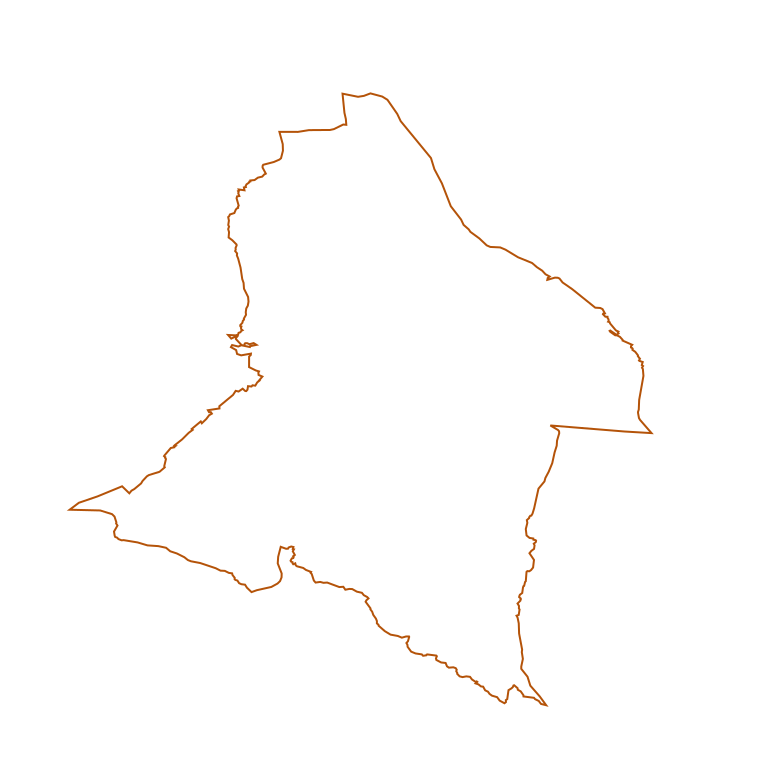 "Øvre Eiker" nor, Buskerud, Norway (Robinson projection), rotated 195°
{"feature_id": "86288312B28419209750879", "entity_name": "\"Øvre Eiker\" nor", "entity_type": "district", "adm_level": 2, "iso_a3": "NOR", "parent_name": "Norway", "parent_adm1": "Buskerud", "projection": "robinson", "projection_center": [9.827, 59.744], "detail": "fine", "context": "isolated", "style": "outline", "palette": "amber", "viewbox_px": 768, "rotation_deg": 195, "n_neighbors": 0, "source": "geoboundaries", "source_scale": "gbopen_adm2", "svg_char_len": 6166}
<svg xmlns="http://www.w3.org/2000/svg" viewBox="0 0 768 768"><g transform="rotate(195 384 384)"><path d="M460.1,661.2L472.3,661.2L478.0,657.1L483.4,654.7L499.2,653.7L492.4,635.7L489.4,630.0L487.5,624.6L490.5,624.1L498.4,617.2L501.9,615.4L522.2,609.8L532.5,605.2L550.3,600.5L543.9,589.5L542.0,583.2L541.9,575.4L543.1,573.7L547.9,569.9L557.4,564.5L557.7,563.2L557.3,561.6L552.6,556.6L554.0,555.3L555.3,552.8L559.2,550.7L561.8,547.5L565.8,546.0L565.5,545.1L566.5,544.6L566.4,543.8L568.5,541.2L568.9,539.3L568.4,538.5L570.2,537.6L568.9,535.0L574.7,534.3L574.1,533.5L574.9,532.6L574.1,532.0L574.2,530.6L572.4,528.1L574.5,527.2L574.5,525.3L570.5,518.6L570.9,517.7L570.5,516.3L571.6,515.5L572.3,514.0L572.8,510.4L576.7,507.9L577.0,506.0L577.7,504.9L576.1,501.7L575.6,497.3L574.4,495.9L574.6,493.3L573.0,490.6L572.0,485.3L567.7,483.6L562.6,480.6L562.2,479.8L562.6,477.0L562.0,475.4L562.2,473.9L559.7,472.1L559.4,470.1L557.4,467.5L552.7,459.3L548.1,448.7L545.8,445.3L543.9,439.8L537.8,432.9L536.2,428.5L535.8,424.4L536.6,421.3L536.1,417.5L535.2,415.1L536.3,410.9L535.9,410.0L536.7,408.4L536.6,406.5L538.1,403.6L537.7,402.6L536.6,402.6L536.7,401.2L536.0,399.9L534.6,399.3L535.6,398.4L536.1,396.8L537.7,395.8L537.7,394.0L539.8,392.6L547.3,391.0L543.3,388.3L539.1,391.9L538.0,392.0L538.9,390.0L538.7,389.1L531.6,384.7L528.7,385.1L529.0,386.9L528.6,387.5L526.7,388.0L524.3,387.6L520.5,389.8L517.3,388.8L523.1,385.9L523.1,385.0L531.8,384.5L534.4,382.5L540.8,382.3L541.4,380.0L535.6,378.5L533.7,375.0L529.4,374.7L520.4,378.9L520.2,377.5L521.4,375.6L518.7,365.4L511.3,363.9L508.0,363.8L508.3,362.4L507.5,360.3L503.4,359.7L505.8,354.6L505.5,354.6L506.9,352.7L507.9,349.1L510.7,348.7L511.3,347.3L514.8,346.7L514.4,343.2L515.2,341.5L516.2,341.3L519.3,342.9L522.5,339.1L525.5,339.0L527.0,334.4L537.3,319.9L536.6,317.8L547.3,313.1L545.7,311.5L544.0,312.0L542.6,310.8L544.8,308.6L546.6,304.2L549.8,298.9L551.3,300.4L558.1,290.8L556.9,290.2L560.0,286.3L564.7,278.2L570.4,270.6L570.6,270.2L569.4,270.2L570.4,269.1L570.2,268.6L573.4,267.0L577.6,258.1L577.8,257.4L576.3,256.7L576.4,256.1L575.2,255.1L575.0,247.7L574.2,246.8L578.1,241.1L587.5,235.2L589.1,233.5L592.1,227.9L592.9,225.1L598.0,217.9L600.3,215.6L601.7,212.5L610.5,217.4L631.6,201.3L648.0,190.3L655.1,181.2L625.4,188.4L613.0,187.9L610.0,186.2L606.7,181.1L606.7,180.0L604.8,178.3L606.6,171.6L604.9,167.8L604.1,166.7L602.0,166.5L600.4,165.5L597.0,165.1L595.1,165.8L581.0,167.2L570.7,166.9L560.0,169.0L552.1,169.4L547.2,167.1L540.2,166.7L532.0,165.0L527.9,163.2L524.6,162.8L515.2,163.5L498.9,162.5L493.6,161.4L489.4,162.3L485.0,161.4L481.7,161.8L480.9,160.3L478.0,158.1L477.8,156.8L476.9,156.3L474.7,156.2L472.4,154.1L469.9,153.7L466.3,154.2L463.7,151.8L458.1,148.7L453.5,151.9L440.3,158.8L435.2,163.7L433.4,166.7L432.9,170.7L433.8,174.5L440.2,183.2L441.5,189.7L441.6,200.0L435.9,199.5L434.1,200.1L433.8,201.4L431.6,203.0L429.3,203.1L429.4,201.0L428.2,201.0L428.8,198.8L425.9,195.8L427.2,194.1L426.5,193.5L426.6,192.4L427.9,191.7L428.5,189.1L427.8,188.4L426.2,188.2L425.9,187.1L425.0,186.4L423.3,187.8L422.3,186.0L420.9,185.4L414.4,185.4L411.3,184.2L405.8,183.6L406.1,182.7L404.6,181.7L400.9,176.0L398.7,174.5L394.4,176.3L391.0,176.3L387.5,177.5L374.6,176.3L370.8,177.6L368.1,175.3L364.4,177.1L361.6,177.7L356.5,176.4L351.3,176.6L348.9,174.8L345.1,173.9L343.5,172.9L345.0,170.6L345.4,168.9L339.0,163.8L338.8,162.8L336.5,161.0L334.6,158.2L331.1,155.3L329.5,153.2L328.9,150.9L327.1,150.1L326.6,149.1L319.3,145.5L312.8,143.6L305.4,144.2L301.1,143.6L297.4,145.8L294.5,146.6L294.2,146.2L294.3,141.7L295.3,139.6L293.9,138.2L293.2,136.3L288.5,132.5L283.8,131.9L277.5,132.6L275.9,131.6L272.9,132.9L272.8,133.6L272.2,134.0L263.2,135.2L262.5,134.7L262.8,132.4L262.0,131.0L256.7,129.8L252.3,130.5L250.1,127.6L247.9,126.8L243.7,128.3L241.2,128.1L239.8,126.8L239.9,125.3L238.4,123.8L238.3,123.0L235.3,121.2L232.3,121.2L228.8,122.9L225.1,123.4L222.6,121.4L218.2,119.9L217.5,120.7L216.8,120.4L218.0,118.5L215.0,118.3L212.1,117.0L209.9,117.3L207.0,114.3L203.9,113.7L201.9,112.0L199.0,110.9L193.7,110.8L190.3,108.1L185.0,106.8L183.9,108.3L184.5,110.2L183.4,111.5L184.5,120.5L182.1,123.0L181.1,124.6L180.9,126.3L180.3,126.7L176.3,124.8L175.6,123.3L172.4,122.5L168.8,119.5L168.4,118.3L157.9,119.7L156.5,118.7L152.5,117.9L149.5,115.6L144.2,115.7L152.8,122.6L164.6,130.5L169.6,138.4L177.7,144.4L178.3,146.7L178.7,154.4L181.5,160.7L181.8,163.1L188.9,177.9L191.9,187.7L194.5,192.9L196.0,194.5L194.1,195.8L194.7,201.3L195.6,202.1L196.2,204.6L198.2,206.5L196.2,210.0L196.4,210.8L196.1,211.2L196.4,212.2L198.3,213.1L198.4,213.9L198.2,215.6L196.4,217.9L197.1,223.6L196.9,225.0L196.4,225.3L196.5,229.3L196.0,230.2L197.7,239.4L197.1,240.4L195.2,240.7L193.8,242.3L192.5,245.3L193.6,252.9L199.7,258.2L198.5,260.9L196.4,263.6L196.8,267.1L198.0,268.5L196.5,270.5L196.5,271.9L197.1,272.4L199.4,272.3L199.8,273.4L203.6,273.0L207.1,274.6L209.5,280.6L209.6,287.0L210.8,289.5L209.1,292.1L209.3,292.8L208.6,294.6L207.6,295.0L207.0,297.2L206.8,302.8L207.7,322.9L203.8,331.4L203.8,335.0L202.2,341.9L201.0,351.1L201.5,362.1L201.2,369.1L202.2,374.1L202.0,381.8L202.7,383.7L204.0,384.6L212.6,387.0L139.2,400.4L112.9,405.8L127.4,415.6L128.9,417.1L130.9,421.3L131.4,422.6L131.3,425.3L133.4,434.6L135.5,459.0L137.8,465.4L139.0,466.5L138.4,468.4L139.9,469.0L139.8,472.2L143.3,472.4L143.7,472.7L143.3,473.2L143.7,474.2L143.4,474.7L146.0,476.6L146.1,477.4L149.6,480.1L152.9,481.3L152.9,482.4L153.5,482.9L154.9,483.2L155.2,484.5L154.4,486.1L164.8,487.7L164.9,488.4L168.3,490.6L171.5,491.3L173.3,490.9L179.0,493.0L179.8,493.7L179.3,494.2L172.2,491.7L170.5,493.6L171.7,494.7L171.3,495.3L173.9,495.8L181.3,501.0L182.0,502.1L183.6,502.2L183.3,503.0L183.9,504.6L185.1,505.6L185.5,506.8L187.6,506.3L190.6,508.1L190.5,508.7L188.9,509.4L192.3,512.9L194.8,513.4L199.7,512.4L226.7,524.3L237.8,528.3L241.8,531.3L243.6,531.6L246.4,531.0L253.2,526.9L253.3,528.8L251.8,530.7L256.4,531.8L260.5,534.4L266.5,536.4L272.3,539.2L287.3,541.1L301.4,545.2L307.1,546.0L316.8,543.9L320.7,544.5L329.6,549.3L339.9,553.3L342.2,555.3L348.3,558.3L352.1,562.8L365.5,573.0L380.0,592.8L390.9,604.5L397.1,614.4L435.9,642.2L441.1,648.3L454.2,659.4L460.1,661.2Z" fill="none" stroke="#b45309" stroke-width="2"/></g></svg>